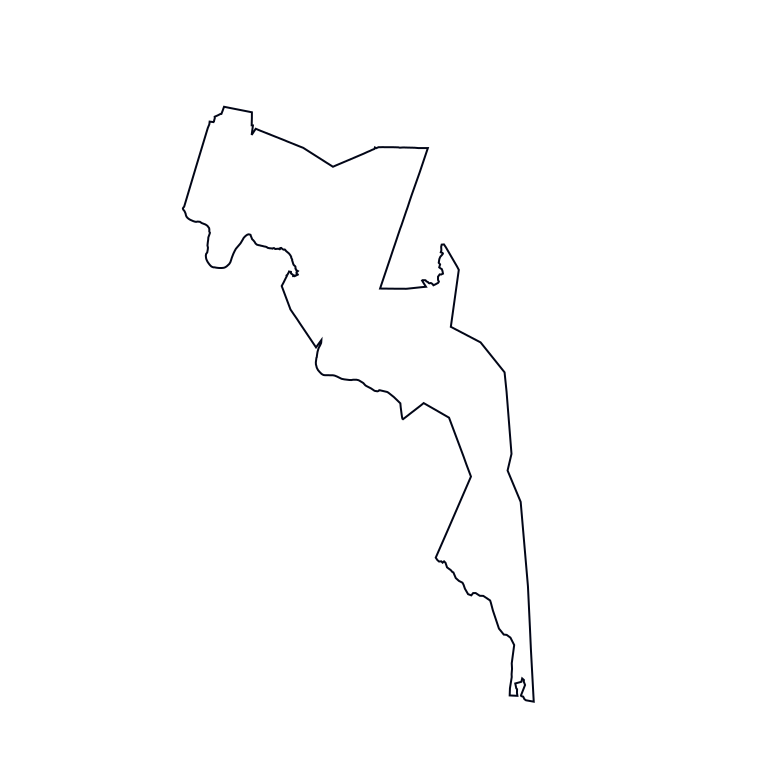 Tuxpan, Nayarit, Mexico, rotated 204°
{"feature_id": "50627088B21538362927498", "entity_name": "Tuxpan", "entity_type": "district", "adm_level": 2, "iso_a3": "MEX", "parent_name": "Mexico", "parent_adm1": "Nayarit", "projection": "natural_earth1", "projection_center": [-105.318, 21.993], "detail": "fine", "context": "isolated", "style": "outline", "palette": "ink", "viewbox_px": 768, "rotation_deg": 204, "n_neighbors": 0, "source": "geoboundaries", "source_scale": "gbopen_adm2", "svg_char_len": 5962}
<svg xmlns="http://www.w3.org/2000/svg" viewBox="0 0 768 768"><g transform="rotate(204 384 384)"><path d="M607.2,455.3L606.5,454.3L605.6,452.2L604.5,451.3L604.3,449.3L604.1,446.5L603.3,444.3L602.6,441.8L601.6,438.7L600.3,437.0L599.7,435.2L599.0,432.3L599.4,430.5L599.0,428.8L598.1,427.2L597.5,426.3L596.9,425.6L595.8,424.6L594.5,423.6L592.8,422.6L591.5,421.9L589.7,421.2L588.6,421.1L587.3,421.2L586.1,421.7L584.7,422.0L583.0,422.5L581.3,423.1L578.8,424.3L577.5,425.1L576.5,426.1L575.7,427.3L575.3,428.1L574.2,430.7L573.9,432.7L574.1,435.0L574.4,437.6L574.6,441.8L574.5,444.9L574.3,447.3L572.3,454.1L571.8,458.2L571.6,460.5L571.1,461.9L570.7,462.9L570.1,464.0L569.5,464.9L568.5,465.7L567.6,465.9L566.7,466.0L566.4,465.8L565.8,465.0L564.8,464.1L563.3,462.6L562.0,462.2L560.0,461.2L558.5,460.1L556.8,459.6L555.2,459.8L553.6,460.2L553.3,460.2L552.6,460.3L552.3,460.4L550.8,460.7L549.5,460.9L548.7,461.1L548.2,461.2L548.0,461.3L547.7,461.3L546.9,461.4L546.5,461.3L545.9,461.1L545.5,461.1L544.8,461.3L544.4,461.3L543.9,461.4L543.6,461.6L543.1,461.7L542.3,462.0L541.6,462.2L540.9,462.3L540.7,462.5L540.5,463.0L540.2,463.2L539.7,463.4L539.3,463.4L538.6,463.1L538.3,463.1L538.1,463.2L537.8,463.3L536.7,464.0L535.5,464.6L535.2,464.6L534.2,464.6L533.9,464.8L533.9,465.1L534.1,465.8L534.1,466.0L533.4,466.4L533.2,466.5L532.1,466.1L531.1,465.9L530.9,465.9L530.5,465.9L530.0,466.0L529.8,466.1L529.6,466.4L529.4,466.5L529.0,466.4L528.7,466.3L528.5,466.2L528.2,466.0L528.1,465.9L527.8,465.8L527.7,465.7L527.4,465.6L526.7,465.4L525.3,465.0L524.6,464.8L524.2,464.7L523.5,464.4L522.5,463.8L522.1,463.6L521.9,463.5L521.1,462.9L520.9,462.7L520.5,462.4L520.4,462.3L520.2,461.7L518.6,460.4L518.4,460.2L518.3,459.7L518.0,459.4L517.9,459.2L517.7,459.0L517.4,458.7L517.2,458.5L516.9,458.1L516.2,457.3L515.7,456.7L515.2,456.4L515.0,456.1L514.3,455.8L513.2,455.5L513.0,455.4L512.9,455.3L512.5,455.0L512.3,454.6L512.0,453.7L511.8,453.4L511.6,453.2L511.1,453.1L510.9,453.0L510.8,452.9L510.7,452.5L510.4,452.3L509.9,452.2L508.6,452.1L508.9,451.3L509.4,450.5L509.0,449.7L508.7,449.3L507.3,449.0L507.2,448.9L509.3,446.4L509.7,446.8L510.7,445.7L510.9,445.6L511.3,446.4L511.6,446.7L513.6,447.1L514.0,447.3L514.2,447.5L514.4,448.0L514.4,448.3L514.6,448.6L515.0,448.5L515.8,448.3L516.5,448.1L516.4,447.8L516.5,446.4L516.7,444.4L516.8,444.2L517.0,444.0L517.2,443.5L516.7,443.1L516.9,439.0L517.0,436.0L517.3,431.9L500.0,414.3L499.9,414.1L499.7,414.0L497.1,412.4L494.7,410.9L489.9,408.0L485.4,405.1L461.0,389.8L459.1,398.7L458.4,396.8L458.1,395.8L458.1,393.4L458.2,392.1L458.3,390.9L458.3,389.8L457.8,386.3L457.0,383.3L456.3,381.0L456.4,380.5L455.1,376.1L454.3,374.5L454.1,374.1L453.4,373.3L453.0,372.8L452.1,371.6L450.0,369.9L447.7,368.8L445.1,367.8L443.0,367.6L441.6,368.0L438.6,369.3L434.2,371.2L432.5,371.6L430.0,371.7L424.8,371.5L422.1,372.1L417.2,373.6L415.5,374.3L414.0,375.3L410.9,376.7L408.9,377.1L408.3,377.1L404.2,376.6L403.6,376.5L403.1,376.4L402.1,375.9L400.5,375.2L399.3,375.0L394.0,374.7L393.5,374.6L391.8,374.3L390.8,374.1L390.3,374.0L389.9,374.0L389.4,374.0L389.0,374.1L388.2,374.4L387.3,374.5L387.0,374.7L386.6,375.0L386.3,375.3L386.0,375.7L385.8,376.1L385.8,376.4L385.2,376.6L377.9,378.0L376.7,377.9L369.7,376.1L361.2,373.0L359.3,369.6L356.2,364.5L355.9,364.0L354.2,361.3L353.3,360.1L353.1,359.8L352.3,359.6L349.0,365.7L348.4,366.9L341.6,379.5L340.0,382.7L310.9,379.7L281.8,350.1L275.9,343.9L266.9,334.8L266.3,276.4L266.1,246.4L263.7,244.9L261.5,244.2L259.5,245.3L257.8,244.6L257.0,246.4L255.1,245.7L251.8,242.1L247.2,241.1L245.2,240.1L244.0,240.1L239.5,235.9L235.5,234.6L231.5,234.4L229.7,233.0L226.8,229.9L221.7,226.2L218.3,226.4L217.5,229.3L215.2,230.3L210.4,229.5L207.1,230.8L199.0,229.4L197.3,227.5L192.4,221.4L179.5,207.3L176.7,205.9L172.7,203.8L169.9,204.7L165.3,203.7L158.9,198.5L153.7,180.8L151.2,175.9L149.4,170.8L148.1,168.2L145.2,157.3L142.5,150.6L135.3,153.4L136.9,155.9L138.3,159.3L139.3,159.7L142.3,163.8L137.4,167.8L138.0,171.2L135.8,170.5L135.2,168.9L132.7,166.4L132.2,155.2L131.6,154.7L129.7,155.0L127.5,153.2L125.7,152.8L118.0,154.7L142.0,201.6L151.5,220.6L170.2,257.7L211.2,331.9L235.9,355.2L239.1,372.0L268.9,426.8L278.6,443.7L312.7,461.3L346.2,463.4L362.1,518.7L365.0,521.0L374.3,527.7L383.0,534.0L386.0,535.9L388.0,534.8L387.6,532.6L386.3,530.1L386.0,529.5L385.7,527.4L383.9,527.6L383.2,527.0L383.6,525.2L384.3,523.2L384.3,521.0L384.1,520.0L383.3,517.0L381.4,516.1L381.0,513.0L380.2,512.8L378.7,512.5L378.0,512.5L376.6,511.1L375.0,508.8L376.4,507.2L377.7,506.8L378.3,504.0L377.0,501.1L375.5,499.8L375.7,498.4L377.6,495.9L379.0,494.3L379.5,494.6L380.5,495.1L381.7,495.3L382.3,495.3L383.6,494.4L383.9,494.4L384.4,494.5L385.4,495.0L385.9,495.0L387.0,495.0L388.1,495.6L388.5,495.6L390.9,494.6L391.3,494.0L388.4,492.0L385.2,489.9L388.6,488.0L401.9,480.3L402.5,480.0L411.6,476.0L426.4,469.6L426.8,473.6L429.6,503.2L430.2,509.2L430.7,514.6L430.7,514.8L431.5,523.1L431.8,526.1L432.1,529.4L432.4,532.5L432.6,535.9L434.0,551.0L434.2,553.7L434.4,556.0L435.0,561.6L435.6,568.1L437.5,592.1L439.9,617.4L448.9,613.4L452.1,612.3L458.8,609.5L462.7,607.9L465.7,606.3L467.2,606.0L471.8,604.1L477.4,601.6L481.4,599.9L485.3,598.1L487.1,596.2L488.5,596.4L488.4,594.8L490.1,593.1L491.6,591.3L493.4,589.4L496.3,586.1L515.7,565.3L516.0,565.0L519.0,561.7L524.3,562.5L526.5,562.8L539.9,564.8L553.9,566.9L558.0,566.7L571.8,566.2L573.4,566.2L583.1,565.8L600.2,565.1L605.0,565.0L606.2,557.7L607.9,563.5L608.9,566.9L610.1,566.5L612.9,573.3L615.2,578.5L637.1,573.5L642.9,572.2L642.6,568.5L642.4,564.6L643.2,564.2L645.2,561.7L647.4,559.3L646.7,558.0L646.4,555.8L646.0,554.2L645.6,554.2L646.3,553.9L650.0,552.8L649.2,550.2L649.1,546.2L644.1,506.5L638.7,464.8L638.8,464.3L639.0,463.8L639.1,463.5L639.1,462.5L638.4,461.7L636.6,460.8L636.0,460.3L634.5,458.9L633.9,458.0L633.0,457.0L632.4,456.5L631.0,455.8L629.4,455.4L627.9,455.2L624.4,455.2L622.7,455.4L621.6,455.7L620.3,456.6L618.1,457.3L616.0,456.9L611.9,457.1L609.7,456.7L607.2,455.3Z" fill="none" stroke="#020617" stroke-width="2"/></g></svg>